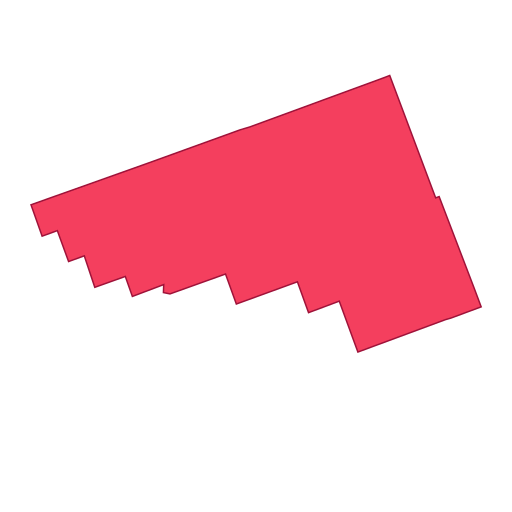 the district of Washakie, Wyoming, United States of America, rotated 340°
{"feature_id": "52423323B98005651904481", "entity_name": "Washakie", "entity_type": "district", "adm_level": 2, "iso_a3": "USA", "parent_name": "United States of America", "parent_adm1": "Wyoming", "projection": "orthographic", "projection_center": [-107.8, 43.834], "detail": "fine", "context": "isolated", "style": "filled", "palette": "rose", "viewbox_px": 512, "rotation_deg": 340, "n_neighbors": 0, "source": "geoboundaries", "source_scale": "gbopen_adm2", "svg_char_len": 525}
<svg xmlns="http://www.w3.org/2000/svg" viewBox="0 0 512 512"><g transform="rotate(340 256 256)"><path d="M450.2,380.8L450.0,360.1L448.4,262.8L444.7,262.8L443.4,132.1L438.5,132.2L294.2,132.6L284.3,132.0L185.4,131.8L62.1,130.9L61.8,164.2L78.0,164.2L78.0,197.1L94.7,197.1L93.8,230.3L126.2,230.5L126.0,251.7L159.5,251.3L156.5,258.7L162.2,262.2L221.2,262.5L221.1,294.4L286.1,294.4L286.0,327.2L318.8,326.9L318.9,381.1L335.2,381.0L412.3,380.6L417.8,381.0L450.2,380.8Z" fill="#f43f5e" stroke="#9f1239" stroke-width="1.5"/></g></svg>